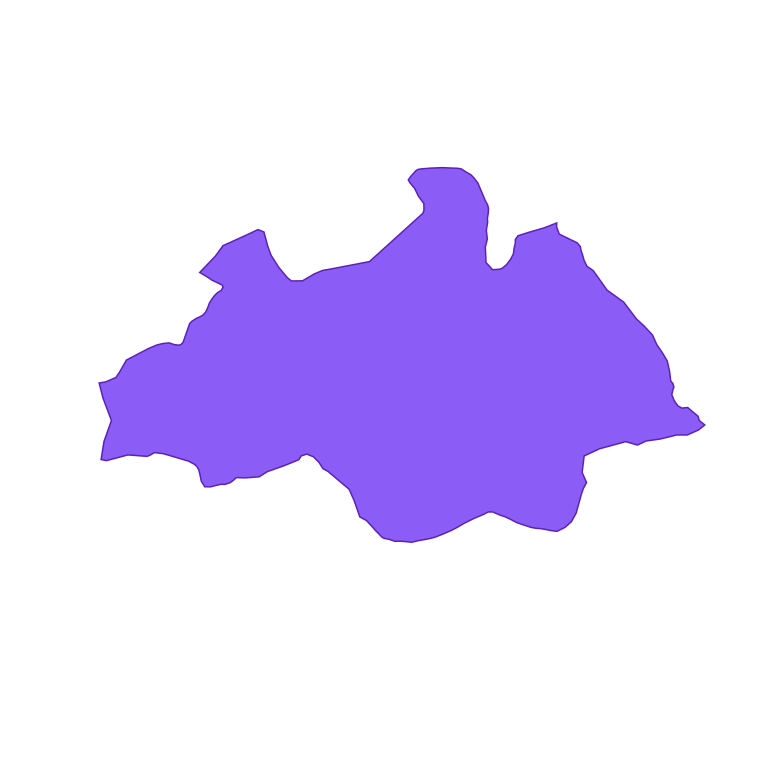 outline of Berbérati, Mambéré-Kadéï, Central African Republic, rotated 162°
{"feature_id": "33826404B29108379746580", "entity_name": "Berbérati", "entity_type": "district", "adm_level": 2, "iso_a3": "CAF", "parent_name": "Central African Republic", "parent_adm1": "Mambéré-Kadéï", "projection": "albers", "projection_center": [15.911, 4.294], "detail": "fine", "context": "isolated", "style": "filled", "palette": "violet", "viewbox_px": 768, "rotation_deg": 162, "n_neighbors": 0, "source": "geoboundaries", "source_scale": "gbopen_adm2", "svg_char_len": 2782}
<svg xmlns="http://www.w3.org/2000/svg" viewBox="0 0 768 768"><g transform="rotate(162 384 384)"><path d="M676.4,399.6L671.7,396.9L649.6,395.7L644.3,393.6L638.1,391.0L631.6,388.4L628.5,388.6L623.5,389.7L615.2,385.8L593.8,371.1L589.3,366.4L587.5,363.6L586.7,359.1L587.0,355.2L587.8,347.9L586.2,341.6L580.7,339.8L576.0,339.5L570.1,339.0L566.4,337.7L560.9,337.7L557.3,338.8L553.4,340.6L545.3,337.7L531.5,334.3L521.9,336.7L503.6,337.2L488.5,338.3L484.9,341.2L479.1,341.2L473.7,336.7L470.0,329.4L468.2,322.3L464.3,318.2L457.8,307.7L449.7,294.7L448.4,282.1L448.1,265.1L442.9,259.6L440.0,253.4L436.9,246.3L433.0,238.5L431.2,236.9L427.3,234.8L422.1,230.9L418.4,229.9L413.5,228.0L406.4,224.9L399.7,224.4L390.5,223.1L383.2,222.5L374.1,223.1L365.3,223.9L359.3,224.9L351.0,226.7L340.3,228.3L329.1,229.3L324.4,230.1L320.0,228.6L314.0,223.3L310.1,220.5L305.6,216.3L300.7,211.3L295.2,207.1L288.5,202.2L284.0,199.8L279.6,198.0L274.7,195.4L270.5,193.0L265.0,190.4L256.2,191.7L248.4,195.1L241.1,201.9L230.4,218.1L226.7,223.0L221.8,227.7L222.9,238.6L215.9,253.7L199.2,255.8L172.0,254.5L161.8,247.6L152.4,248.8L138.2,246.3L121.5,245.1L111.4,241.8L99.1,243.1L91.6,245.9L95.4,251.8L95.3,256.3L98.9,262.0L102.4,267.8L108.1,269.0L111.1,272.2L112.2,275.4L113.2,279.0L113.6,284.9L110.9,289.4L109.2,291.6L109.1,295.4L110.4,297.9L108.5,307.8L107.5,318.3L109.4,326.9L112.4,337.2L113.5,347.6L118.7,358.7L123.8,367.9L130.8,387.9L142.8,404.3L150.0,427.2L154.6,433.3L155.5,439.8L155.3,444.8L155.3,450.3L154.8,454.0L156.6,458.5L171.0,472.4L171.3,479.9L170.0,483.8L183.5,483.0L199.3,483.5L210.8,483.6L214.5,480.8L215.5,477.6L218.5,472.6L220.7,467.8L225.2,463.4L228.5,461.1L230.7,459.6L235.7,457.6L238.4,457.4L243.2,458.6L245.4,459.2L247.6,464.0L249.5,468.1L247.9,473.4L245.4,482.8L243.9,485.2L240.9,490.0L239.2,498.5L235.5,505.7L234.5,509.5L232.0,514.4L230.4,518.4L230.1,522.1L230.6,525.1L231.0,527.2L232.6,546.1L235.0,552.7L236.6,556.0L240.9,560.8L244.0,564.7L247.5,566.5L253.0,568.5L261.8,571.8L273.3,575.0L281.7,577.0L285.5,577.6L288.0,576.9L294.5,573.1L297.8,570.7L297.3,567.7L294.4,560.4L293.2,551.8L290.3,543.2L292.4,536.7L294.4,534.3L360.0,504.9L399.1,509.8L407.2,511.0L416.6,510.2L429.6,507.3L440.2,510.6L443.1,515.1L448.0,527.3L451.6,541.2L452.0,550.6L451.2,565.7L456.1,569.8L469.6,568.1L494.4,565.3L504.6,557.9L524.8,547.0L518.6,540.0L515.7,536.1L509.4,530.1L507.4,528.2L507.1,525.9L510.0,523.3L514.4,522.2L518.0,520.4L521.4,518.0L525.1,514.9L527.7,511.5L531.6,507.3L535.0,505.5L538.9,504.7L542.3,504.4L547.2,503.1L550.1,501.6L562.3,485.6L564.9,484.3L567.0,484.3L571.5,486.4L575.6,489.5L581.6,490.8L587.9,491.3L596.5,490.6L606.1,489.0L621.5,486.4L632.2,476.7L637.1,473.0L648.3,472.0L654.6,473.0L655.6,457.3L654.5,433.5L668.1,415.8L676.4,399.6Z" fill="#8b5cf6" stroke="#5b21b6" stroke-width="1.5"/></g></svg>